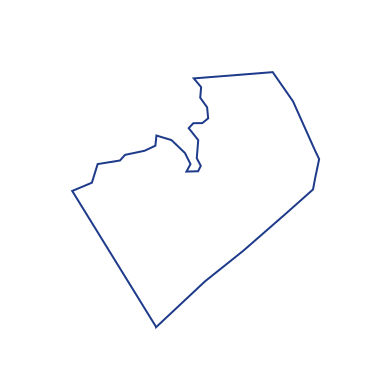 Summers, West Virginia, United States of America, rotated 19°
{"feature_id": "52423323B65894657308494", "entity_name": "Summers", "entity_type": "district", "adm_level": 2, "iso_a3": "USA", "parent_name": "United States of America", "parent_adm1": "West Virginia", "projection": "robinson", "projection_center": [-80.878, 37.649], "detail": "fine", "context": "isolated", "style": "outline", "palette": "blue", "viewbox_px": 384, "rotation_deg": 19, "n_neighbors": 0, "source": "geoboundaries", "source_scale": "gbopen_adm2", "svg_char_len": 602}
<svg xmlns="http://www.w3.org/2000/svg" viewBox="0 0 384 384"><g transform="rotate(19 192 192)"><path d="M201.4,330.8L202.0,331.6L233.4,272.2L259.7,230.7L284.3,187.9L286.3,184.5L305.6,150.2L304.0,139.4L301.5,119.5L295.0,112.9L258.0,73.4L229.3,52.4L156.7,84.0L166.5,89.9L169.1,100.2L178.7,107.0L183.3,117.1L179.3,123.5L170.9,126.5L168.1,132.7L181.0,140.9L185.5,158.5L191.8,164.4L191.0,170.4L180.1,174.5L181.5,166.1L172.6,157.4L155.7,149.6L140.0,150.2L142.3,160.1L133.8,168.4L116.6,178.7L113.6,185.7L93.7,196.3L94.3,215.8L78.4,230.0L201.4,330.8Z" fill="none" stroke="#1e3a8a" stroke-width="2"/></g></svg>